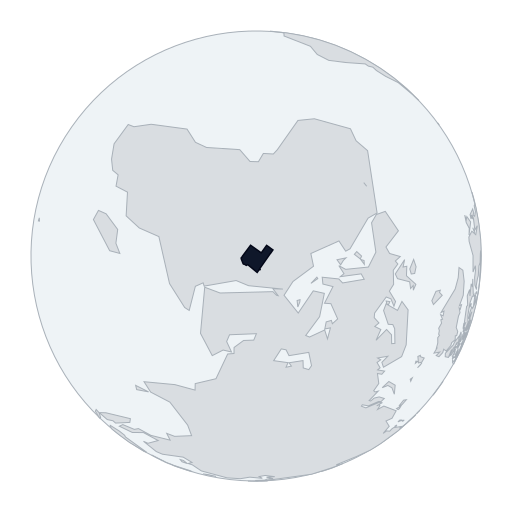 Northern highlighted on a globe, orthographic projection, rotated 125°
{"feature_id": "SDN-878", "entity_name": "Northern", "entity_type": "State", "adm_level": 1, "iso_a3": "SDN", "parent_name": "Sudan", "parent_adm1": "", "projection": "orthographic", "projection_center": [29.004, 19.383], "detail": "fine", "context": "on_globe", "style": "filled", "palette": "ink", "viewbox_px": 512, "rotation_deg": 125, "n_neighbors": 0, "source": "natural_earth", "source_scale": "10m", "svg_char_len": 10575}
<svg xmlns="http://www.w3.org/2000/svg" viewBox="0 0 512 512"><g transform="rotate(125 256 256)"><circle cx="256" cy="256" r="225" fill="#eef3f6" stroke="#a8b0b8"/><path d="M268.5,31.1L263.0,30.9L251.3,30.8L268.5,31.1ZM231.6,32.0L226.8,32.7L197.9,38.5L200.3,38.1L190.8,41.0L190.0,41.9L184.9,43.4L188.7,42.9L193.5,41.4L196.8,40.9L196.8,41.5L190.2,43.2L189.3,43.2L187.4,44.0L184.1,44.8L185.7,44.7L177.8,47.2L185.5,45.8L179.1,48.6L173.9,50.1L174.6,48.6L164.4,50.4L159.3,52.5L151.4,56.5L136.0,66.1L130.4,69.5L122.5,75.2L125.5,73.5L132.7,68.7L136.3,67.7L144.7,62.6L147.4,61.7L156.0,57.6L154.4,59.9L148.2,64.6L141.0,68.4L138.1,70.8L144.7,69.0L131.1,78.5L121.8,89.8L118.4,92.5L111.9,93.4L112.5,88.2L104.2,92.1L109.3,91.6L100.5,99.4L98.9,101.8L99.2,103.0L102.4,101.0L99.3,104.4L93.2,105.5L95.9,102.3L97.8,101.8L98.0,99.7L93.8,101.7L89.7,106.1L87.7,106.4L84.7,109.8L82.7,112.1L87.5,106.5L79.8,115.7L90.3,103.4L101.7,91.9L113.8,81.2L126.7,71.5L140.3,62.7L154.5,54.9L169.1,48.1L184.3,42.4L199.8,37.8L215.6,34.4L231.6,32.0ZM35.1,211.8L34.7,215.4L34.2,217.5L32.4,238.9L34.5,253.0L35.0,263.8L34.3,268.5L36.0,272.9L36.0,276.7L46.0,293.4L54.0,308.6L55.8,321.4L53.0,331.7L59.7,359.2L57.2,361.1L62.7,371.7L63.8,373.5L55.6,358.8L48.5,343.6L42.5,327.9L37.7,311.8L34.2,295.4L31.9,278.7L30.8,262.0L31.0,245.2L32.4,228.4L35.1,211.8ZM156.3,56.7L156.1,57.1L154.6,57.6L156.3,56.7ZM160.1,54.7L158.5,55.0L160.1,54.1L161.1,53.9L160.1,54.7ZM161.8,54.6L163.1,52.5L166.0,51.0L172.0,49.3L161.8,54.6ZM296.8,34.4L295.2,34.2L294.4,34.0L296.8,34.4ZM195.1,40.8L189.9,42.3L194.2,40.6L195.1,40.8ZM197.0,39.9L205.6,36.6L213.2,35.0L208.8,36.2L218.7,34.3L218.2,35.0L212.6,36.3L207.8,37.0L211.3,36.9L197.0,39.9ZM290.3,33.5L288.4,33.3L290.3,33.5ZM198.5,40.5L199.5,39.8L206.2,38.3L205.3,39.6L203.4,39.6L198.5,40.5ZM221.5,33.6L226.3,33.0L227.2,33.3L229.2,33.2L218.8,34.9L221.5,33.6ZM201.9,40.2L204.6,40.3L201.5,41.6L197.9,41.2L201.9,40.2ZM208.3,37.5L211.4,37.0L209.4,37.6L208.3,37.5ZM191.8,47.2L192.9,45.9L196.5,44.9L191.8,47.2ZM205.9,40.3L207.0,39.8L208.5,39.4L209.6,39.8L205.9,40.3ZM220.2,35.3L219.5,35.7L224.5,34.6L225.3,35.2L218.2,36.3L221.7,36.1L222.0,36.3L215.9,37.1L220.2,35.3ZM215.4,39.1L206.7,41.4L203.8,43.7L200.5,44.5L205.7,40.7L215.4,39.1ZM216.2,37.8L214.9,38.7L211.5,39.0L210.3,38.6L216.2,37.8ZM228.5,35.3L229.0,34.0L230.5,33.9L228.5,35.3ZM215.2,39.6L217.3,39.1L215.4,39.8L215.2,39.6ZM225.2,36.4L225.1,35.9L226.9,35.7L225.2,36.4ZM221.6,38.7L218.8,39.3L217.8,38.9L221.6,38.7ZM223.8,37.6L226.2,37.5L219.2,38.4L223.5,37.3L223.8,37.6ZM226.8,36.3L227.8,36.1L226.6,36.6L226.8,36.3ZM226.8,40.0L218.2,41.4L216.1,40.4L224.7,39.2L226.8,40.0ZM337.7,46.1L337.3,45.9L341.2,47.5L348.7,50.7L349.4,51.0L362.5,58.6L381.0,70.5L379.1,68.1L383.6,70.6L402.9,85.3L427.3,111.6L433.4,117.9L437.5,123.1L440.3,127.9L434.5,120.2L432.4,119.0L428.6,114.3L431.2,120.5L426.0,114.1L430.5,122.6L434.8,126.9L434.5,123.3L440.7,134.2L447.4,141.1L454.3,152.4L463.4,177.5L463.6,188.4L464.9,192.6L461.8,190.0L462.5,200.2L472.0,218.9L473.4,225.5L472.3,241.9L471.4,237.1L463.3,230.3L465.2,246.9L471.5,256.1L473.8,270.3L470.5,268.4L467.8,256.2L464.8,253.3L463.2,239.2L456.1,220.7L452.5,227.4L450.4,219.2L440.1,205.7L433.7,215.0L425.1,242.7L427.9,264.2L423.2,275.6L407.9,248.7L400.8,229.0L395.4,232.6L379.5,218.4L352.5,223.0L348.5,218.1L343.5,221.5L332.3,217.7L326.2,209.6L319.4,211.1L335.7,232.5L342.9,231.0L348.7,221.0L351.9,229.0L362.7,234.7L351.2,257.1L311.0,280.1L306.9,264.2L275.5,221.7L276.4,216.6L276.2,216.1L275.8,215.1L273.1,223.4L267.7,215.0L284.6,245.1L287.5,258.2L310.4,281.2L308.3,283.9L315.6,288.3L338.9,279.5L339.1,284.9L328.2,311.0L295.8,346.7L300.0,367.7L297.6,385.4L277.4,397.9L279.1,410.7L268.6,415.5L268.0,422.5L259.5,429.9L245.5,436.6L221.6,436.1L220.1,430.1L208.2,417.4L191.6,385.3L197.6,370.8L195.5,358.8L178.2,330.3L182.0,315.1L177.4,308.1L167.8,308.8L162.5,300.3L156.7,299.5L120.9,299.4L110.1,286.9L97.6,251.6L104.2,240.1L105.7,225.0L151.3,181.5L160.7,185.9L196.2,183.1L200.6,185.3L196.1,196.7L222.5,212.5L231.4,203.0L255.7,211.1L272.1,210.5L278.5,188.7L251.7,189.1L247.4,178.6L269.2,169.1L292.6,169.7L291.7,165.7L277.2,157.3L282.9,149.9L272.2,153.8L276.3,157.8L269.7,160.7L265.5,157.3L267.7,154.6L260.7,153.0L252.1,167.3L255.4,172.8L236.9,175.4L240.6,185.1L235.4,189.6L227.3,175.0L228.4,169.6L213.0,154.0L210.3,159.6L224.6,175.1L220.0,173.8L216.4,182.6L215.5,174.9L200.6,157.6L184.1,160.0L162.5,180.4L153.0,181.2L145.3,175.7L153.7,153.8L174.1,154.7L177.3,148.0L173.7,137.5L180.2,139.0L181.2,135.2L188.9,135.4L200.3,127.0L208.3,126.6L213.2,115.6L218.0,114.2L213.7,120.9L214.9,125.8L234.7,126.1L238.7,123.8L240.3,116.9L245.6,118.3L244.6,111.6L256.2,109.3L241.3,106.9L242.8,99.8L250.0,94.6L247.9,92.1L236.0,100.7L233.7,104.6L236.1,108.5L227.5,120.2L220.6,122.0L219.4,108.9L209.5,110.4L212.9,100.5L242.7,82.0L254.9,79.0L274.0,87.8L270.9,91.9L262.5,90.5L269.8,97.9L269.5,94.3L273.8,95.8L276.4,90.2L279.6,91.1L276.5,84.6L280.7,85.1L282.6,89.1L290.0,82.3L298.9,82.3L299.0,80.4L296.6,78.4L309.5,80.4L309.0,78.9L304.6,77.7L300.8,74.3L299.1,69.2L303.6,70.1L304.8,72.1L314.3,78.0L316.9,83.6L318.6,83.5L317.4,78.9L305.9,71.6L303.6,68.4L309.5,71.2L307.2,69.9L307.4,68.7L312.0,68.4L305.6,65.2L302.4,52.4L310.9,51.5L316.6,54.9L319.1,49.2L328.4,50.1L324.4,48.7L322.8,46.0L319.9,45.6L317.8,44.9L312.6,39.5L314.9,39.5L308.0,37.0L305.9,36.5L303.8,36.3L295.2,34.2L296.8,34.4L317.5,39.3L337.7,46.1ZM135.4,205.3L134.1,209.7L134.1,209.8L135.4,205.3ZM317.6,182.0L331.6,181.5L325.0,168.6L329.9,167.6L325.9,163.8L324.5,167.7L314.7,157.5L320.6,153.1L318.8,147.6L314.0,147.6L304.7,157.5L318.7,171.8L315.6,177.6L317.6,182.0ZM34.7,215.4L34.2,218.8L34.2,217.5L34.7,215.4ZM43.6,181.0L42.7,183.8L42.9,182.9L43.6,181.0ZM100.9,99.3L101.2,99.3L100.8,101.1L99.5,101.5L100.9,99.3ZM108.0,103.0L102.8,108.5L105.6,104.6L102.8,105.9L105.0,99.7L116.7,93.5L111.0,97.2L108.0,103.0ZM111.3,90.6L108.5,94.7L111.1,90.5L111.3,90.6ZM179.3,116.0L181.7,118.5L178.4,122.6L168.4,124.9L173.0,118.7L179.3,116.0ZM185.9,121.4L187.5,108.8L193.8,107.5L190.0,110.3L194.0,110.7L189.0,115.3L193.4,127.1L190.8,131.6L173.7,132.2L180.7,129.2L177.9,126.6L185.9,121.4ZM180.6,84.8L181.4,80.9L194.0,82.8L191.8,86.3L181.7,88.3L178.3,85.4L180.6,84.8ZM172.2,52.7L171.7,52.2L173.5,51.6L175.5,51.5L172.2,52.7ZM192.1,46.6L176.4,54.6L175.0,54.3L167.5,60.1L160.9,61.8L166.0,57.8L155.3,63.8L157.3,60.9L150.4,65.3L162.4,56.3L163.8,54.4L164.8,55.7L170.8,54.1L173.8,52.9L183.3,48.3L189.1,44.1L196.0,42.5L199.3,42.4L199.0,43.2L194.6,43.9L197.3,44.4L190.7,46.0L192.1,46.6ZM234.2,51.3L229.3,50.4L233.5,54.5L227.0,55.0L227.9,55.4L223.0,57.2L218.6,60.3L215.7,60.2L215.3,61.5L212.0,63.0L210.4,64.9L204.6,65.5L202.2,68.0L200.8,66.9L198.2,71.1L197.6,68.4L193.3,70.4L196.2,72.0L168.8,73.9L157.8,77.9L149.0,83.1L149.0,78.4L157.3,71.0L169.3,63.7L179.9,60.9L178.0,59.7L182.5,58.1L182.1,59.7L185.4,56.4L189.0,55.7L199.7,51.0L202.2,47.4L206.2,45.9L207.0,47.0L210.4,44.8L214.7,46.0L217.6,45.1L224.8,45.7L224.7,48.8L228.0,47.6L233.6,48.4L234.2,51.3ZM228.7,40.2L230.0,43.2L227.1,45.1L215.9,43.4L212.6,44.0L205.3,43.7L209.7,41.0L211.4,41.3L214.0,41.0L211.6,41.9L215.5,41.0L218.0,41.5L221.7,41.0L221.1,42.0L228.7,40.2ZM205.9,181.2L209.3,181.9L214.7,181.6L212.6,187.5L205.9,181.2ZM195.5,169.5L198.6,168.9L198.2,176.4L194.6,176.0L195.5,169.5ZM200.7,162.5L198.8,168.3L197.7,164.9L200.7,162.5ZM216.6,120.2L220.0,119.5L220.3,121.2L218.2,123.6L216.6,120.2ZM245.4,65.8L243.1,64.4L244.2,63.7L243.1,59.7L247.9,59.3L250.4,61.6L245.4,65.8ZM273.8,192.5L268.9,196.8L266.5,194.9L268.6,193.7L273.8,192.5ZM239.1,192.4L246.9,195.3L238.4,194.0L239.1,192.4ZM250.4,64.7L249.5,63.0L252.5,63.9L250.4,64.7ZM251.3,58.9L254.9,59.6L248.4,58.8L251.3,58.9ZM351.6,453.4L352.1,454.4L349.0,455.4L351.6,453.4ZM335.6,378.9L319.4,410.1L309.0,411.2L307.4,403.0L313.6,384.5L325.9,378.1L332.0,369.0L335.6,378.9ZM478.5,291.2L475.3,298.5L473.4,298.9L474.4,294.5L477.5,290.6L478.5,291.2ZM474.2,294.6L470.5,289.0L461.3,265.6L464.7,263.9L473.4,275.2L473.0,278.7L475.3,284.0L474.2,294.6ZM481.0,264.7L480.4,274.6L479.2,277.9L478.3,278.3L477.8,267.5L478.2,260.7L479.1,259.3L479.5,232.8L480.3,235.7L480.8,246.2L481.3,252.7L481.0,264.7ZM428.9,266.0L433.9,277.1L431.0,280.4L428.9,266.0ZM477.5,216.2L478.8,227.4L476.9,213.5L477.5,216.2ZM475.0,203.9L476.0,208.2L475.0,204.8L475.0,203.9ZM467.0,198.6L466.2,201.3L465.1,198.2L465.4,193.1L467.0,198.6ZM459.5,162.3L463.5,171.1L464.8,174.4L462.5,169.8L459.5,162.3ZM289.9,63.4L286.0,69.0L286.4,73.7L291.5,77.1L282.6,75.2L282.0,67.9L289.9,63.4ZM300.4,53.4L295.8,51.2L298.8,51.0L300.3,51.5L300.4,53.4ZM296.9,52.9L289.4,52.4L287.5,50.4L293.8,51.1L296.9,52.9ZM269.9,57.4L268.5,59.0L266.1,58.1L269.9,57.4ZM477.6,215.6L477.7,215.8L477.6,215.3L477.6,215.6ZM477.2,213.6L476.2,208.5L476.1,208.1L477.2,213.6ZM475.0,203.3L474.6,203.0L469.5,186.4L469.3,184.6L473.3,197.4L474.8,202.4L475.0,203.3ZM436.8,121.7L438.9,124.6L439.8,125.7L445.0,133.5L441.2,128.1L434.4,118.5L433.6,117.4L436.8,121.7ZM395.3,79.0L380.2,68.4L376.2,65.8L386.0,72.0L395.3,79.0ZM292.8,34.0L290.6,33.7L291.9,33.8L292.8,34.0ZM316.2,44.8L313.6,43.7L315.2,43.6L316.2,44.8ZM307.2,41.0L307.3,41.8L305.3,40.5L307.2,41.0ZM307.9,44.1L306.4,42.0L310.5,44.6L307.9,44.1Z" fill="#d9dde1" stroke="#a8b0b8" stroke-width="1"/><path d="M264.9,245.7L265.1,245.7L265.5,245.7L265.9,245.7L266.3,245.6L266.7,245.6L267.0,245.6L267.4,245.6L267.8,245.6L268.2,245.6L268.5,245.6L268.8,245.6L267.8,257.7L267.8,257.8L269.3,258.6L269.3,260.3L269.7,261.3L269.7,261.5L269.8,261.8L269.4,262.6L266.7,266.6L265.8,267.1L265.3,266.9L265.1,266.9L263.8,267.0L250.3,266.6L250.4,253.5L241.2,253.4L241.2,252.9L241.2,252.6L241.2,252.2L241.2,251.8L241.2,251.4L241.2,250.9L241.2,250.5L241.2,250.0L241.2,249.5L241.3,249.0L241.3,248.5L241.3,248.0L241.3,247.5L241.3,247.0L241.3,246.5L241.3,246.0L241.3,245.6L241.7,245.6L242.1,245.6L242.4,245.6L242.8,245.6L243.1,245.6L243.5,245.6L243.8,245.6L244.2,245.6L244.5,245.6L244.9,245.6L245.2,245.6L245.6,245.6L246.0,245.7L246.3,245.7L246.7,245.7L247.0,245.7L247.4,245.7L247.7,245.7L248.1,245.7L248.4,245.7L248.8,245.7L249.1,245.7L249.5,245.7L249.9,245.7L250.2,245.7L250.6,245.7L250.9,245.7L251.3,245.7L251.6,245.7L252.0,245.7L252.3,245.7L252.7,245.7L253.0,245.7L253.4,245.7L253.8,245.7L254.1,245.7L254.5,245.7L254.8,245.7L255.2,245.7L255.5,245.7L255.9,245.7L256.2,245.7L256.6,245.7L256.9,245.7L257.3,245.7L257.7,245.7L258.0,245.7L258.4,245.7L258.7,245.7L259.1,245.7L259.4,245.7L259.8,245.7L260.1,245.7L260.5,245.7L260.8,245.7L261.2,245.7L261.6,245.7L261.9,245.7L262.3,245.7L262.6,245.7L263.0,245.7L263.3,245.7L263.7,245.7L264.0,245.7L264.4,245.3L264.6,244.9L264.8,244.8L265.0,244.9L265.1,245.0L265.0,245.3L264.9,245.7Z" fill="#0f172a" stroke="#020617" stroke-width="1.5"/></g></svg>